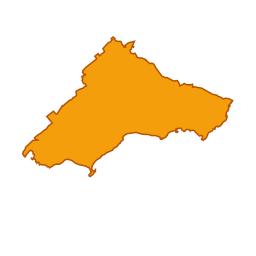 Balbriggan Lea-5, Fingal, Ireland, rotated 129°
{"feature_id": "5873133B84981347333265", "entity_name": "Balbriggan Lea-5", "entity_type": "district", "adm_level": 2, "iso_a3": "IRL", "parent_name": "Ireland", "parent_adm1": "Fingal", "projection": "robinson", "projection_center": [-6.161, 53.585], "detail": "fine", "context": "isolated", "style": "filled", "palette": "amber", "viewbox_px": 256, "rotation_deg": 129, "n_neighbors": 0, "source": "geoboundaries", "source_scale": "gbopen_adm2", "svg_char_len": 3417}
<svg xmlns="http://www.w3.org/2000/svg" viewBox="0 0 256 256"><g transform="rotate(129 128 128)"><path d="M40.8,64.0L42.1,68.8L43.7,71.2L45.1,71.8L45.4,72.4L46.1,76.8L47.0,78.0L46.4,79.0L48.7,83.8L50.6,95.6L54.3,102.5L55.6,103.5L53.4,105.4L56.0,107.3L55.8,107.7L57.8,110.1L57.9,112.2L62.7,114.2L61.1,116.5L60.1,119.5L62.9,122.2L64.2,129.3L65.6,131.1L66.4,134.3L63.6,144.6L62.1,148.1L62.6,150.3L64.0,151.2L64.2,155.2L63.8,156.0L64.2,156.8L63.7,157.2L64.7,160.9L67.2,164.5L67.2,166.2L66.7,166.2L65.5,169.7L66.9,170.5L68.0,173.1L66.3,175.5L64.5,175.0L62.3,176.1L61.8,174.6L61.3,174.8L61.7,175.5L61.2,175.8L61.4,176.3L56.6,177.6L61.8,181.4L65.6,182.2L66.6,180.8L67.7,182.0L66.9,182.8L66.9,184.7L65.2,188.0L67.8,191.5L67.7,194.3L66.7,194.5L66.7,196.9L69.2,197.3L69.4,195.9L72.5,195.9L73.9,197.0L82.1,197.5L83.4,194.2L89.8,195.7L89.0,198.0L89.9,198.3L93.1,198.9L93.9,195.8L107.4,198.9L111.8,199.2L113.6,198.1L113.4,194.5L114.2,194.6L114.4,195.7L117.2,196.0L116.9,195.1L117.9,195.0L118.6,194.0L120.0,193.6L121.5,190.3L120.5,189.4L121.6,186.7L122.9,187.6L125.4,188.1L128.6,190.1L132.2,191.5L135.0,188.5L138.4,189.2L138.7,189.8L141.6,189.7L143.2,190.9L150.3,192.2L151.1,192.0L151.8,192.3L151.9,193.0L161.9,192.0L162.5,192.6L161.9,196.5L170.1,198.4L171.8,190.0L176.7,191.1L180.3,190.8L181.9,191.6L187.0,192.5L190.7,193.9L194.6,194.5L195.1,192.3L194.1,191.1L194.2,190.4L197.4,194.1L207.5,195.5L208.4,194.7L210.7,194.4L212.2,194.6L212.9,194.0L214.2,193.8L215.2,191.2L214.5,190.5L214.9,190.0L214.3,190.1L214.3,189.8L213.5,190.2L208.0,190.1L206.4,189.4L206.3,188.6L206.3,187.0L207.9,185.4L207.4,184.3L207.8,183.7L209.9,182.6L212.2,182.9L212.2,184.8L212.3,182.8L213.4,182.5L211.3,182.1L211.1,181.3L211.0,179.6L212.4,178.4L211.9,176.9L212.4,176.6L211.4,176.4L210.9,175.5L212.4,173.6L211.2,173.1L210.8,171.5L209.8,170.6L208.4,167.7L208.9,166.3L207.9,164.8L208.3,163.9L205.2,162.7L204.0,162.6L201.5,161.2L199.3,158.5L196.1,157.3L192.0,156.8L190.1,155.0L188.6,151.1L188.4,146.6L187.1,142.5L184.4,137.4L183.4,132.9L185.5,128.7L188.8,128.9L189.6,128.3L189.5,126.8L185.9,126.0L184.1,126.3L182.3,125.9L182.0,126.9L179.8,127.3L182.4,127.0L182.9,127.3L183.4,128.8L182.4,130.7L179.5,132.1L174.9,132.5L171.8,132.1L168.3,130.7L167.2,131.2L166.5,130.7L165.5,130.9L163.2,129.5L160.9,129.2L155.1,126.1L152.7,126.3L149.6,125.0L145.8,125.0L144.9,124.5L143.1,125.0L140.5,124.3L139.6,124.6L139.3,125.9L137.5,126.3L135.4,126.0L132.9,125.0L126.4,119.0L123.7,112.7L120.2,108.0L119.0,104.8L116.5,101.7L115.1,97.8L115.2,97.1L116.3,95.9L115.5,94.7L115.2,95.2L114.5,95.1L114.6,94.4L111.5,92.8L110.3,93.1L109.3,92.8L107.5,93.4L105.5,93.2L102.9,91.8L100.2,89.6L101.1,87.8L100.2,86.8L99.8,86.9L101.0,87.8L100.1,89.1L98.4,90.2L97.8,89.8L100.2,88.6L99.6,88.4L100.0,87.4L99.4,88.6L98.2,89.2L97.0,88.9L94.7,86.7L95.6,85.0L95.4,82.2L94.7,81.7L94.0,82.0L92.1,81.4L90.8,79.2L91.3,77.7L90.1,77.5L88.4,75.4L89.2,67.8L89.1,67.2L87.7,66.6L87.4,64.7L90.6,63.7L90.6,62.9L89.8,62.5L89.9,61.7L89.4,61.9L88.6,61.3L87.7,61.5L87.6,61.0L85.7,61.1L81.1,62.5L77.0,60.7L74.8,61.2L74.5,60.3L73.8,60.5L73.7,60.0L73.3,60.6L71.7,60.5L70.7,59.9L70.6,59.0L70.1,59.1L70.0,58.4L68.1,57.6L64.9,57.5L63.9,58.0L60.9,56.8L59.0,57.1L58.9,57.2L57.0,57.9L57.5,59.1L56.6,59.8L55.7,59.3L55.4,60.4L54.5,61.2L53.3,61.4L52.3,61.0L51.4,61.5L50.4,61.3L49.6,62.4L46.6,62.7L46.6,63.2L47.9,63.4L47.3,64.0L43.7,63.6L43.3,64.2L42.4,63.6L40.8,64.0Z" fill="#f59e0b" stroke="#b45309" stroke-width="1.5"/></g></svg>